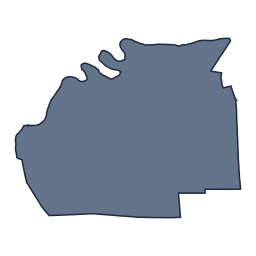 the district of Secusigiu, Arad, Romania
{"feature_id": "2599482B2684456974434", "entity_name": "Secusigiu", "entity_type": "district", "adm_level": 2, "iso_a3": "ROU", "parent_name": "Romania", "parent_adm1": "Arad", "projection": "natural_earth1", "projection_center": [20.991, 46.095], "detail": "fine", "context": "isolated", "style": "filled", "palette": "slate", "viewbox_px": 256, "rotation_deg": 0, "n_neighbors": 0, "source": "geoboundaries", "source_scale": "gbopen_adm2", "svg_char_len": 4473}
<svg xmlns="http://www.w3.org/2000/svg" viewBox="0 0 256 256"><path d="M180.0,212.5L180.0,211.1L178.4,193.1L205.0,193.1L205.1,189.3L237.7,189.2L239.8,189.2L240.3,189.2L240.6,189.0L240.6,188.9L239.5,177.7L239.1,171.6L238.2,156.2L237.6,140.5L237.6,139.4L237.1,128.8L236.6,116.6L236.5,110.2L236.2,106.4L235.9,103.2L235.9,102.3L235.8,101.9L235.9,101.6L236.2,101.0L236.6,100.5L236.6,100.2L236.5,99.8L236.4,99.7L235.8,99.5L235.5,99.4L234.9,97.8L233.4,93.6L230.9,86.0L223.3,87.9L222.4,85.9L222.1,85.1L221.9,84.4L222.0,83.7L221.1,77.9L220.9,76.4L220.9,76.0L221.1,75.8L221.3,75.5L221.3,74.9L221.4,74.2L221.5,72.8L211.8,71.3L211.0,70.8L215.4,64.0L220.4,56.2L221.6,54.5L230.0,41.7L230.4,40.4L229.8,39.1L229.3,38.3L224.0,38.4L219.6,38.8L218.5,39.1L217.8,39.4L217.1,39.6L215.6,40.0L214.0,40.2L211.4,40.6L209.9,40.6L208.0,40.4L206.9,40.4L206.3,40.3L205.9,40.4L203.3,40.3L201.8,40.4L199.0,40.9L196.3,41.6L193.5,42.8L188.8,44.0L188.1,44.0L187.5,44.5L185.8,44.9L183.5,44.9L182.2,44.7L181.2,45.3L180.2,45.8L179.2,45.9L177.8,45.9L177.1,45.6L175.6,45.2L174.0,44.8L171.3,44.6L164.9,44.4L162.4,44.3L159.9,44.2L156.9,44.3L152.7,44.9L148.7,44.8L147.2,45.0L146.5,45.2L145.2,45.1L144.8,44.8L142.7,44.0L140.5,43.6L138.7,42.9L136.6,42.0L133.9,40.9L132.1,39.8L131.4,39.8L131.1,39.4L130.5,39.4L128.4,39.2L126.8,38.8L125.7,38.8L124.8,38.8L123.4,39.4L122.0,40.4L120.9,41.4L120.1,42.9L120.0,43.8L119.9,44.9L120.2,46.4L120.9,48.0L122.2,50.2L123.7,51.7L124.4,52.8L124.8,53.6L124.9,54.4L125.0,55.5L125.1,56.6L125.0,57.1L124.9,57.9L124.9,58.6L124.5,59.3L124.1,59.7L123.4,60.1L122.8,60.2L122.0,60.8L120.6,61.1L119.7,61.1L118.9,61.1L117.9,61.0L117.1,60.8L116.5,60.6L116.1,60.2L116.0,59.9L115.3,59.8L114.5,59.2L114.5,58.6L113.7,58.0L113.1,57.3L112.6,56.6L111.9,55.6L111.4,55.1L110.5,54.0L109.8,53.5L109.3,53.1L108.9,52.7L108.0,52.3L106.7,51.5L106.0,51.2L104.9,50.8L103.6,50.4L102.8,50.7L102.0,50.9L100.9,52.2L100.7,52.9L100.5,53.5L99.4,55.1L98.7,56.7L99.0,58.7L99.4,60.3L101.1,61.7L102.4,62.7L103.9,64.3L105.8,66.0L108.1,67.2L110.7,68.6L112.5,69.3L115.1,69.8L117.4,70.0L118.4,70.3L119.4,71.0L120.0,71.5L120.8,71.9L120.6,72.4L120.3,72.6L120.3,73.3L119.7,74.2L119.5,74.8L118.5,75.8L117.1,76.3L115.9,76.8L115.5,77.3L114.9,77.6L114.0,78.0L113.6,78.3L112.8,78.6L112.0,78.9L110.9,79.0L110.1,78.7L109.0,78.2L108.0,77.7L107.0,77.1L106.1,76.5L105.2,76.1L102.8,75.1L101.7,74.2L100.3,73.3L99.6,72.6L98.8,70.9L98.4,69.8L97.0,68.9L95.5,67.5L94.3,66.9L92.1,65.9L90.8,65.1L88.0,64.0L85.7,63.3L84.5,63.2L83.6,63.4L82.2,64.1L81.5,64.6L81.2,65.0L81.2,65.5L81.2,66.0L81.4,67.1L81.5,67.9L81.8,68.9L82.1,69.6L82.4,69.8L82.6,70.0L83.6,70.8L84.2,71.5L84.8,72.4L85.3,73.4L85.8,74.7L86.3,75.6L86.8,76.6L87.0,77.7L87.2,78.4L87.1,78.9L86.5,79.9L85.6,80.6L84.9,81.0L84.2,81.1L83.4,81.4L82.5,81.5L81.0,81.5L80.2,81.3L79.6,80.9L78.8,80.4L78.0,79.8L77.2,78.9L75.8,77.9L74.9,77.7L73.8,77.4L72.0,77.0L70.4,76.8L68.4,76.8L67.3,77.1L66.5,77.2L65.7,77.7L65.2,77.9L63.5,79.2L62.9,80.0L62.2,81.2L61.6,83.4L61.1,84.6L61.1,85.3L60.8,86.0L60.5,86.5L59.8,87.3L59.4,88.0L59.1,88.5L59.0,89.1L58.4,90.0L57.5,91.1L57.0,91.6L56.4,92.4L56.3,92.8L55.7,93.8L55.3,94.3L55.1,94.6L54.3,95.7L53.7,96.6L53.2,97.4L52.5,98.1L51.9,99.0L51.5,99.5L51.0,100.1L50.5,101.4L49.7,103.7L49.4,104.4L49.2,104.4L49.2,104.8L49.1,105.2L49.0,105.5L48.9,105.8L48.1,107.7L47.7,108.9L47.5,109.9L47.2,110.5L46.9,112.0L46.6,112.9L46.5,114.1L46.5,115.2L46.1,116.3L45.6,117.4L45.0,119.0L44.4,120.1L43.0,121.6L42.1,122.3L40.3,123.6L39.3,124.2L38.2,124.7L36.8,125.3L35.9,125.4L33.6,125.4L31.8,125.3L30.4,125.5L29.1,125.8L28.3,126.2L28.0,125.7L28.2,125.4L28.4,125.0L28.1,125.0L26.7,125.4L25.6,125.4L24.7,125.6L23.8,125.8L23.3,126.4L23.1,126.8L22.3,128.5L21.8,129.3L21.3,130.1L20.2,131.1L19.6,131.9L18.8,133.0L18.3,133.3L17.7,133.6L16.9,134.6L16.3,135.6L16.1,136.0L15.9,136.9L15.8,137.8L15.7,138.6L15.4,139.5L15.4,140.2L15.4,141.0L15.6,141.8L15.8,143.1L15.9,143.7L16.1,144.1L16.1,144.5L15.9,144.7L15.7,145.8L15.6,146.4L15.5,147.7L15.6,148.6L15.7,150.5L15.8,151.6L16.0,152.4L16.4,153.0L16.4,154.2L16.7,156.1L16.7,156.9L16.7,157.5L18.8,158.7L18.9,158.8L21.8,159.5L22.2,161.5L22.3,162.2L22.4,162.4L22.7,163.7L23.7,168.9L25.0,175.2L26.6,182.2L27.7,184.1L30.1,187.9L31.9,190.8L35.1,195.9L38.6,201.6L41.3,206.0L45.0,210.7L49.1,215.6L58.9,215.2L70.4,214.7L76.2,214.5L78.8,214.3L85.8,214.0L90.3,213.8L92.9,213.7L100.3,214.3L109.0,214.9L119.1,215.8L129.7,216.5L138.8,217.3L140.8,217.3L150.3,217.5L161.3,217.6L171.7,217.7L180.5,217.3L180.0,212.5Z" fill="#64748b" stroke="#1e293b" stroke-width="1.5"/></svg>